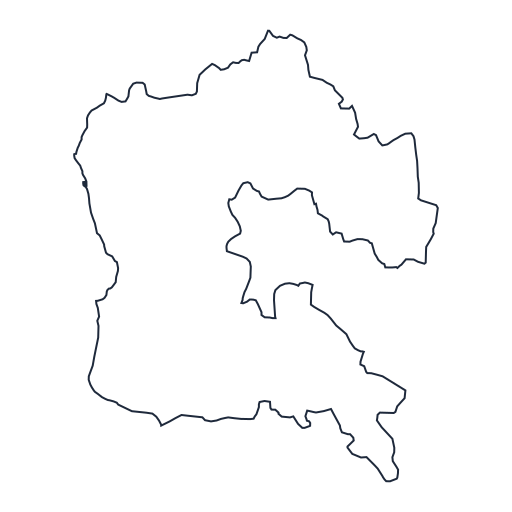 outline of Minuf, Al Minufiyah, Egypt
{"feature_id": "37247803B35886288843325", "entity_name": "Minuf", "entity_type": "district", "adm_level": 2, "iso_a3": "EGY", "parent_name": "Egypt", "parent_adm1": "Al Minufiyah", "projection": "robinson", "projection_center": [30.914, 30.46], "detail": "fine", "context": "isolated", "style": "outline", "palette": "slate", "viewbox_px": 512, "rotation_deg": 0, "n_neighbors": 0, "source": "geoboundaries", "source_scale": "gbopen_adm2", "svg_char_len": 5951}
<svg xmlns="http://www.w3.org/2000/svg" viewBox="0 0 512 512"><path d="M363.8,351.8L362.4,351.4L360.8,351.4L358.0,350.2L355.9,349.0L354.8,348.4L352.7,345.6L350.0,341.6L346.4,334.2L341.0,329.5L336.2,325.5L330.8,318.6L327.6,315.1L324.4,312.8L319.0,309.8L314.1,306.9L310.9,304.6L311.2,292.2L311.9,288.3L312.6,284.9L308.2,283.2L304.9,282.5L302.7,283.0L299.9,283.5L298.3,285.8L297.1,285.1L293.3,283.9L289.4,283.2L285.0,283.7L280.0,285.8L275.4,290.1L274.2,294.0L274.0,300.2L275.1,316.5L275.5,318.1L272.4,318.1L269.7,317.5L264.7,317.3L261.5,315.0L261.5,312.2L257.9,304.2L255.8,300.3L253.1,299.6L249.8,299.5L247.0,301.7L243.1,303.3L241.4,303.0L242.6,299.9L242.7,298.2L243.3,296.0L244.5,292.1L246.2,288.8L249.2,281.0L250.4,277.7L250.8,266.5L249.8,261.9L246.6,258.5L242.8,256.7L229.2,252.0L226.9,251.2L226.5,247.8L226.5,246.1L227.1,243.9L228.3,241.7L231.1,239.0L235.1,236.3L240.1,233.6L240.8,230.8L239.8,226.3L237.7,221.8L235.1,217.8L232.4,214.9L230.8,211.5L228.8,206.4L228.3,203.0L229.3,199.3L231.7,199.7L235.1,197.6L238.6,190.4L241.5,185.4L243.3,183.2L247.7,182.2L250.4,183.4L253.0,188.5L256.8,190.9L259.0,191.5L260.0,193.8L261.6,196.6L268.2,199.6L276.5,198.7L281.4,198.3L284.8,197.2L288.1,195.7L290.4,194.0L294.3,190.8L297.2,188.6L304.9,188.8L309.2,190.6L312.0,192.4L311.9,195.2L314.4,204.2L316.0,203.7L316.5,206.5L317.5,209.9L317.9,213.3L322.3,215.7L322.8,216.2L327.7,219.2L328.7,221.5L329.2,223.7L330.1,231.6L332.8,234.5L333.5,234.0L336.1,232.3L341.6,233.6L343.1,238.7L344.1,241.5L349.7,241.7L352.4,240.6L357.5,239.1L362.4,239.2L367.9,240.5L370.0,242.8L371.8,243.3L374.7,253.6L376.8,257.0L378.3,259.9L382.1,263.3L384.3,264.0L385.3,267.4L391.9,267.5L396.3,267.1L397.4,268.0L399.1,266.4L399.7,265.8L401.4,264.7L406.0,259.3L413.7,259.5L418.0,261.8L424.4,263.7L425.7,262.6L426.0,251.4L426.2,246.9L428.5,243.1L430.8,239.2L433.7,233.7L433.2,232.0L433.3,228.6L434.7,225.4L435.7,223.1L437.3,211.6L437.8,208.0L436.2,205.2L420.9,200.3L419.0,199.0L418.2,198.5L418.9,192.9L418.7,182.8L417.8,176.7L417.5,168.2L417.1,160.9L416.2,154.8L415.3,147.4L414.5,139.6L413.5,136.2L411.3,133.3L405.3,133.7L400.8,135.8L397.4,138.0L393.5,140.1L391.2,141.7L388.9,143.4L387.3,144.4L383.5,145.2L382.3,145.4L378.6,141.4L376.0,135.1L373.8,134.0L367.6,137.7L364.3,138.2L359.3,138.6L356.0,136.1L354.0,134.5L358.0,126.8L357.6,124.0L356.1,118.9L355.1,112.7L354.1,110.5L352.0,105.9L349.2,108.6L344.8,108.5L340.9,108.4L338.9,103.8L341.7,101.7L342.9,99.5L342.4,97.8L334.9,90.3L333.3,86.3L330.6,84.6L329.4,84.0L326.8,82.8L322.5,79.9L314.3,77.9L309.9,76.7L308.4,69.9L308.0,64.9L305.0,55.3L306.8,50.3L306.3,46.9L304.3,42.4L301.0,40.0L297.2,38.3L293.8,36.2L292.3,35.3L290.2,34.7L286.7,38.0L283.4,37.9L279.6,36.6L276.8,37.7L273.0,35.9L269.3,30.8L268.0,30.7L264.7,39.0L260.1,44.0L258.4,46.7L257.1,52.3L251.6,52.7L249.1,61.0L246.4,60.4L244.2,59.8L241.8,60.2L240.3,61.3L238.6,63.0L235.8,62.9L233.1,62.3L230.3,64.4L229.1,66.1L228.0,67.7L224.1,69.3L220.7,69.8L219.1,68.1L214.8,65.1L212.1,63.9L205.3,69.4L202.5,72.1L199.6,74.8L197.2,83.1L196.9,91.5L195.8,93.8L191.9,95.3L187.5,94.7L183.4,95.3L167.8,97.6L162.0,98.5L159.8,99.0L158.3,98.6L154.3,97.7L151.0,96.5L148.8,95.9L146.7,94.1L146.2,91.3L144.7,84.5L142.6,82.8L136.5,82.6L133.2,83.7L129.7,88.6L129.1,90.3L128.4,96.4L127.2,98.6L125.5,101.4L121.6,101.9L118.4,100.6L114.0,97.7L112.9,97.1L111.9,96.5L109.7,95.4L108.1,94.6L106.6,93.9L106.4,94.1L105.9,97.9L105.2,100.7L103.9,103.3L99.8,105.6L96.9,107.7L91.6,110.5L89.9,112.5L88.0,115.4L87.0,118.3L87.2,124.8L87.1,127.6L84.6,131.1L82.3,135.4L81.6,137.1L81.6,139.5L79.8,142.9L78.7,145.9L77.8,147.6L77.1,149.7L76.4,152.0L76.1,153.8L75.2,153.9L74.2,154.2L74.2,155.6L74.6,158.1L75.9,160.1L78.4,163.4L80.2,165.6L81.0,168.0L82.4,171.2L82.4,173.3L83.0,174.9L85.2,178.4L86.4,181.5L86.5,185.8L85.8,185.8L85.1,184.3L84.7,181.9L83.2,182.1L83.2,183.6L83.5,185.2L84.3,186.0L85.8,187.0L87.0,189.0L88.4,193.8L89.0,198.2L89.4,203.4L91.0,212.6L93.1,218.7L94.9,223.3L97.0,233.2L99.7,235.4L101.5,239.0L104.1,244.5L104.2,246.2L106.0,252.7L107.5,254.2L112.2,256.4L114.9,261.0L116.9,262.1L118.1,268.1L117.9,271.0L116.2,276.9L115.7,282.2L113.4,285.3L111.8,287.4L110.2,288.5L108.9,288.6L107.5,289.9L106.8,291.4L106.4,295.0L104.5,297.9L102.6,299.3L97.7,300.8L96.1,300.9L96.4,304.0L97.8,307.9L99.1,316.6L97.3,320.8L98.5,325.9L98.2,337.6L95.9,348.8L94.3,356.7L92.7,365.7L90.1,372.7L88.8,376.3L88.7,379.7L88.8,380.1L90.3,384.5L91.9,387.5L93.9,390.6L95.0,391.9L97.7,393.8L101.9,397.1L105.3,398.9L107.8,400.0L109.6,400.3L113.6,401.4L116.8,402.7L118.2,404.6L131.9,411.2L146.3,412.7L152.4,413.6L156.3,416.7L159.1,420.7L161.1,424.6L161.2,425.6L163.2,424.6L169.7,421.4L175.3,418.2L181.5,415.0L188.5,415.8L202.4,417.3L205.0,420.2L211.0,421.4L216.6,420.5L221.0,418.9L225.5,417.9L228.2,417.4L229.0,417.5L234.3,418.2L240.9,418.9L245.8,419.0L250.2,419.1L253.6,418.7L254.7,416.5L256.4,414.3L257.6,410.9L258.9,407.1L258.9,404.3L259.6,402.0L264.5,401.0L265.9,401.2L270.0,401.8L270.4,407.9L271.5,409.6L275.3,409.7L278.5,412.6L278.5,413.8L281.7,416.6L290.0,417.4L293.3,416.4L298.0,423.8L298.6,424.4L301.5,427.1L302.3,427.9L304.5,427.9L309.2,426.2L310.1,425.8L310.2,423.0L309.1,421.3L306.9,420.7L306.6,419.5L305.4,416.2L306.6,412.5L307.2,410.6L310.0,411.2L313.8,412.1L316.0,412.5L323.8,411.1L327.6,410.0L331.0,409.0L333.3,413.4L335.8,418.0L339.9,425.5L340.3,428.3L341.9,432.3L347.9,434.2L350.1,434.2L352.2,436.5L353.3,437.7L353.7,440.5L349.8,444.3L347.5,446.5L347.5,447.6L352.3,453.9L353.8,454.5L361.0,457.5L366.5,457.1L375.0,465.7L377.7,468.6L382.4,476.0L383.0,477.2L384.5,479.4L386.2,481.2L390.0,481.3L396.7,478.7L397.3,477.6L397.9,473.7L398.0,472.5L398.0,471.3L398.1,469.7L396.5,466.9L392.8,461.2L392.4,457.2L394.2,452.3L394.3,447.8L392.4,438.8L381.7,427.3L376.9,420.4L377.3,417.8L377.6,414.8L379.9,412.6L393.7,413.0L395.4,411.9L397.2,406.4L400.3,402.9L404.6,398.2L405.4,390.4L382.6,376.3L376.9,374.7L371.2,373.2L367.3,373.1L366.2,371.9L364.2,366.2L360.4,364.5L360.5,361.7L362.9,353.9L363.8,351.8Z" fill="none" stroke="#1e293b" stroke-width="2"/></svg>